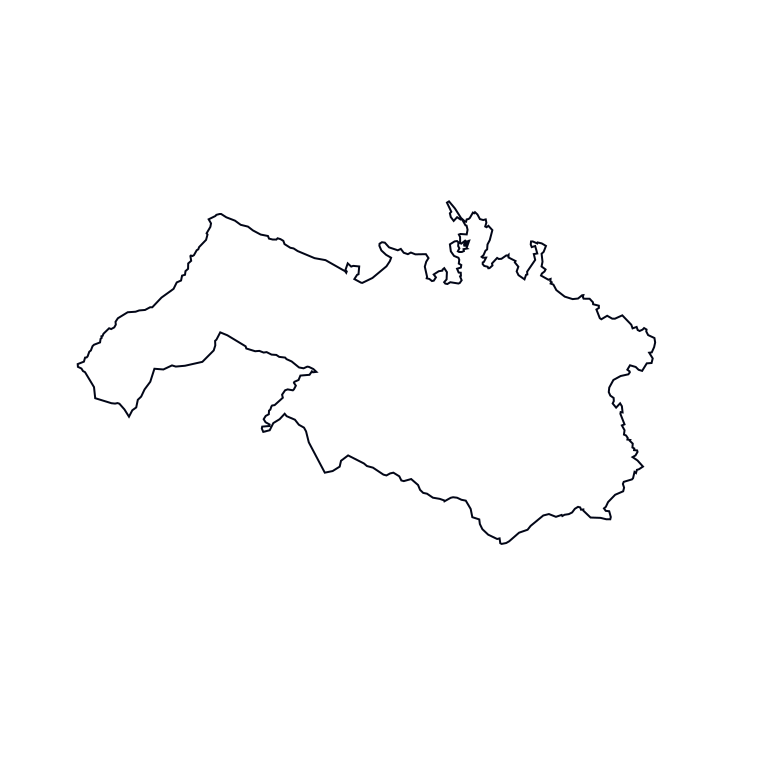 outline of Parva, Bistrita-Nasaud, Romania, rotated 240°
{"feature_id": "2599482B44846698630488", "entity_name": "Parva", "entity_type": "district", "adm_level": 2, "iso_a3": "ROU", "parent_name": "Romania", "parent_adm1": "Bistrita-Nasaud", "projection": "mercator", "projection_center": [24.578, 47.424], "detail": "fine", "context": "isolated", "style": "outline", "palette": "ink", "viewbox_px": 768, "rotation_deg": 240, "n_neighbors": 0, "source": "geoboundaries", "source_scale": "gbopen_adm2", "svg_char_len": 6166}
<svg xmlns="http://www.w3.org/2000/svg" viewBox="0 0 768 768"><g transform="rotate(240 384 384)"><path d="M402.4,581.2L407.0,579.2L410.6,582.4L418.0,585.6L418.6,588.3L422.6,593.3L426.9,590.9L429.8,587.8L429.1,587.0L433.1,584.1L433.9,582.6L431.4,580.8L428.7,580.4L427.9,583.9L420.4,582.0L421.6,578.7L415.9,577.0L409.7,564.1L407.2,562.9L407.5,561.6L404.4,558.0L411.0,554.9L415.2,555.2L418.4,559.0L423.9,558.1L424.7,559.4L431.3,555.1L433.6,556.5L433.3,555.2L434.2,554.2L433.7,548.3L434.9,545.9L436.6,545.0L434.4,537.8L432.4,537.2L431.6,533.3L432.1,532.2L433.7,532.4L436.2,529.8L438.5,529.4L439.9,530.3L439.8,531.6L442.4,535.6L444.1,532.6L445.3,532.1L445.9,534.7L448.7,538.5L449.0,540.6L453.1,543.4L455.7,547.5L463.1,554.8L468.8,553.5L468.5,551.2L469.8,550.4L472.5,553.3L475.7,554.4L476.4,551.9L478.9,549.5L484.1,549.7L487.3,548.7L486.8,547.4L488.0,546.7L484.9,541.4L484.6,539.8L485.2,537.9L483.5,536.2L484.4,535.3L489.3,533.7L500.6,533.2L509.7,531.6L509.6,529.2L499.5,528.4L498.9,526.4L495.2,525.3L490.4,525.9L491.9,530.7L488.1,532.6L487.7,533.9L480.7,533.9L479.9,534.7L475.8,533.5L472.2,530.4L475.7,525.2L476.0,523.6L473.3,523.4L467.9,520.4L466.9,521.1L467.6,526.0L466.7,526.4L464.9,523.2L463.7,522.7L463.1,523.5L465.8,528.4L465.5,529.4L460.4,523.4L459.8,523.7L461.0,520.3L459.2,519.7L459.4,517.5L460.7,515.1L462.0,514.3L463.8,517.1L466.4,517.2L469.5,519.3L471.3,518.7L472.2,516.4L472.0,510.9L465.4,508.2L459.9,508.7L456.1,511.6L454.0,511.3L450.9,509.0L448.4,510.4L446.4,508.8L447.3,504.9L443.2,504.4L442.0,506.1L439.2,504.7L439.2,503.7L435.0,503.1L433.6,500.1L433.8,498.7L439.0,492.3L438.9,488.9L440.3,487.3L442.1,487.0L443.3,490.5L449.4,494.4L454.2,494.1L453.8,492.0L453.0,491.2L454.3,487.8L454.0,481.8L450.4,482.3L448.6,478.8L449.2,477.0L452.3,475.8L454.2,473.8L455.3,474.9L465.2,478.0L468.8,481.7L470.8,485.5L475.5,485.2L480.6,476.0L484.4,473.0L484.5,469.6L487.8,466.7L492.6,466.1L492.9,462.8L499.8,456.7L506.0,455.4L507.8,453.1L507.7,450.3L506.0,449.1L501.0,448.5L494.8,450.4L489.8,453.3L487.5,450.6L484.7,445.0L481.6,427.0L482.4,415.8L483.2,414.8L489.7,410.8L492.0,415.3L491.8,416.8L498.2,421.3L501.7,416.4L502.1,414.3L506.6,412.9L502.0,407.6L500.1,408.0L499.2,406.9L501.1,406.7L520.5,395.3L527.7,386.8L542.3,375.7L546.6,373.5L548.8,371.0L554.9,367.8L558.3,368.4L561.2,366.8L563.4,364.7L562.9,363.0L564.8,359.8L567.4,357.1L570.2,357.5L575.1,351.9L582.5,347.3L588.3,344.9L593.5,339.5L600.0,336.6L607.2,330.8L612.6,328.0L613.4,326.7L614.3,323.4L613.8,322.0L614.3,314.5L609.6,314.5L606.9,312.2L603.2,305.7L601.7,305.9L597.8,302.0L595.0,292.3L593.5,290.5L593.5,288.7L590.6,283.8L590.6,282.1L591.8,281.0L591.6,280.3L587.1,278.6L586.3,274.7L581.7,271.9L581.0,268.5L578.1,266.3L578.8,263.3L575.1,260.0L575.6,255.3L571.6,249.3L570.1,234.5L566.3,221.7L567.4,219.8L567.6,214.1L570.1,208.8L570.8,205.0L574.3,197.9L574.0,186.4L572.1,182.6L569.5,181.4L567.9,178.7L568.0,175.2L569.7,173.8L567.8,166.2L566.4,164.4L566.6,163.1L565.1,162.6L564.8,161.1L562.0,158.9L563.0,152.5L562.5,150.5L559.6,146.9L559.3,144.9L556.1,141.1L555.7,139.8L556.3,138.3L553.4,135.3L554.4,128.7L551.9,127.5L548.7,129.7L545.7,129.8L543.7,131.0L526.3,131.3L516.1,126.8L503.6,138.4L501.5,141.3L500.7,143.7L499.2,145.0L491.8,146.5L483.2,146.8L487.1,152.9L487.6,157.7L493.4,162.9L494.5,167.4L499.0,173.9L502.8,182.7L512.0,192.8L506.9,200.2L506.1,209.7L503.2,212.4L499.3,220.8L494.0,237.8L498.2,253.3L501.8,257.2L505.8,259.3L506.2,261.1L510.6,268.0L504.5,272.7L485.8,283.0L483.6,282.5L476.8,288.8L475.0,292.6L471.4,295.5L470.3,298.3L465.7,301.3L463.0,305.3L459.9,306.8L456.3,311.6L454.3,312.0L449.7,315.3L440.8,318.7L437.8,322.2L437.4,326.2L436.4,327.5L432.3,330.3L428.3,331.5L429.7,328.3L431.0,327.9L429.2,324.1L433.1,315.8L430.2,312.0L430.7,307.5L430.1,306.6L426.6,306.8L424.4,303.3L424.1,301.9L427.5,297.9L428.0,295.2L425.7,290.4L422.7,289.5L420.4,278.7L421.3,276.4L420.9,275.3L418.7,272.8L418.4,271.1L415.4,269.1L415.5,265.6L413.7,262.2L410.1,262.3L406.1,264.7L404.9,263.8L408.0,257.2L406.5,255.9L402.9,255.5L401.1,261.9L405.5,268.6L405.7,276.0L407.9,283.1L404.8,283.6L397.6,289.0L391.3,289.9L386.2,292.9L381.9,292.8L371.1,289.7L336.8,288.4L334.3,296.0L334.6,304.3L339.0,308.4L340.1,317.2L325.2,326.9L321.5,328.2L317.1,332.6L305.8,338.2L303.6,340.4L303.5,344.6L302.5,347.8L296.4,351.1L291.8,350.8L290.0,352.6L288.1,360.0L279.5,363.0L274.3,362.3L270.1,363.5L267.5,366.4L261.1,369.5L256.7,374.8L253.1,377.9L252.2,377.7L252.1,384.9L251.4,387.2L249.0,390.4L245.0,393.2L242.1,396.5L232.5,396.6L224.5,393.9L219.1,398.8L214.8,397.0L209.1,396.6L201.4,398.9L193.2,404.5L192.5,406.9L188.0,405.1L186.7,405.9L185.2,410.3L185.2,413.8L187.7,426.6L186.0,435.5L187.8,440.0L190.5,456.2L188.9,461.8L183.0,466.5L181.8,472.4L180.5,472.4L180.5,474.9L178.9,479.0L178.7,482.7L180.5,486.9L180.6,490.6L179.0,492.2L176.6,491.8L175.7,493.9L174.7,493.3L165.1,496.1L159.8,504.6L155.7,508.9L153.7,512.3L155.4,513.9L161.2,515.4L163.3,512.6L166.3,512.3L166.7,514.7L169.7,519.0L172.5,528.8L171.5,537.5L174.2,540.1L178.0,540.9L179.4,542.7L177.4,551.1L177.9,552.6L182.6,557.0L180.9,557.7L183.2,560.1L182.7,562.1L183.0,567.0L191.0,565.3L196.4,562.7L196.4,566.1L198.4,569.6L199.9,570.0L201.7,567.5L203.0,568.5L204.8,567.4L208.0,569.6L211.8,568.5L212.4,569.3L214.2,567.0L215.4,568.1L218.4,567.9L220.2,566.5L223.7,569.2L229.2,569.3L228.8,572.1L240.0,573.8L241.3,574.9L240.1,576.4L245.8,578.9L249.2,578.8L247.5,573.2L252.8,572.3L254.3,574.5L257.1,575.9L260.8,574.2L264.6,574.6L268.3,577.3L272.8,584.7L272.6,592.9L270.2,600.5L271.2,602.7L272.1,603.0L274.7,601.9L277.2,606.4L272.9,610.5L269.0,611.6L266.3,614.1L270.5,621.9L268.4,626.2L271.8,629.5L278.5,629.3L277.5,631.7L280.9,636.4L284.4,639.6L288.6,641.2L294.3,637.2L298.4,637.4L299.9,638.6L302.4,637.2L301.8,635.1L302.1,631.9L303.9,630.7L307.1,631.3L307.9,627.1L311.7,627.8L324.3,624.7L325.1,616.6L326.5,614.3L331.5,611.4L331.4,604.6L333.1,603.8L342.3,605.2L342.4,608.1L344.4,609.2L348.5,605.0L350.3,605.8L355.0,604.7L358.1,599.5L359.9,599.7L361.3,601.1L361.8,599.9L361.0,594.8L363.2,589.8L369.3,584.2L379.1,580.2L385.4,580.4L387.6,578.6L388.3,580.1L389.6,579.4L391.7,580.8L392.1,578.5L399.4,574.2L400.7,575.9L401.2,579.3L402.4,581.2Z" fill="none" stroke="#020617" stroke-width="2"/></g></svg>